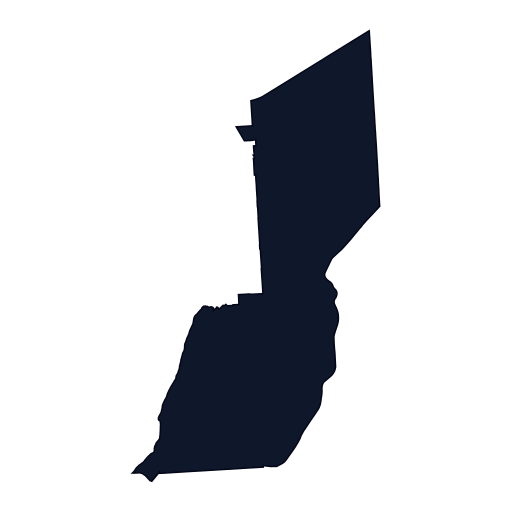 Marion, South Australia, Australia
{"feature_id": "25037944B19747941889194", "entity_name": "Marion", "entity_type": "district", "adm_level": 2, "iso_a3": "AUS", "parent_name": "Australia", "parent_adm1": "South Australia", "projection": "albers", "projection_center": [138.529, -35.026], "detail": "fine", "context": "isolated", "style": "filled", "palette": "ink", "viewbox_px": 512, "rotation_deg": 0, "n_neighbors": 0, "source": "geoboundaries", "source_scale": "gbopen_adm2", "svg_char_len": 6011}
<svg xmlns="http://www.w3.org/2000/svg" viewBox="0 0 512 512"><path d="M203.6,306.2L203.0,306.7L202.7,307.1L202.5,307.4L202.1,307.6L201.9,307.8L201.7,308.7L201.4,309.1L200.3,310.2L198.7,311.9L197.7,313.1L197.3,313.8L197.1,314.0L196.2,314.6L195.6,315.2L195.5,315.3L194.8,316.2L194.5,316.7L193.8,318.6L193.1,323.3L193.1,323.5L192.7,324.3L192.2,325.5L191.1,327.8L190.2,329.7L189.7,331.0L189.5,331.6L189.3,332.2L189.3,332.6L189.1,333.2L189.1,333.6L188.8,334.0L188.5,334.8L188.1,335.7L187.2,337.6L186.9,338.4L186.5,339.2L186.4,340.1L186.0,341.1L185.5,342.5L185.0,343.4L184.6,345.6L184.6,347.8L184.3,349.6L184.0,350.7L183.7,351.5L183.1,352.4L182.7,353.4L182.2,355.3L181.7,357.4L180.9,360.0L180.9,361.6L180.8,361.9L180.4,362.6L180.3,363.0L180.3,363.7L179.7,365.4L179.5,366.5L179.5,367.3L179.3,368.5L178.8,370.1L178.3,371.3L178.3,371.7L178.3,372.1L177.9,372.7L177.7,373.4L177.3,374.0L176.8,374.9L176.4,375.5L176.2,376.0L175.9,378.4L175.6,379.2L175.1,380.2L174.9,380.2L174.7,380.3L173.7,382.2L173.2,383.1L172.6,383.9L172.2,384.7L171.6,385.6L170.5,387.5L170.1,388.4L169.6,389.3L169.1,390.2L168.1,392.4L167.6,393.4L167.3,394.2L167.1,395.2L166.8,396.1L166.4,397.1L166.0,398.1L164.7,400.1L164.3,401.1L163.8,402.1L163.4,403.0L162.7,404.8L162.4,405.8L162.3,406.7L162.2,407.8L162.0,408.8L161.9,409.4L161.6,410.4L161.4,411.4L161.2,412.3L160.8,413.1L160.3,414.0L159.8,414.8L159.3,415.7L158.9,416.6L158.5,417.6L158.4,418.6L158.4,419.3L158.5,419.6L158.6,419.9L158.9,420.3L159.4,420.5L159.8,420.8L160.2,421.4L160.3,422.3L160.4,423.2L160.5,424.1L160.5,425.2L160.4,427.7L160.4,428.9L160.3,431.2L160.2,432.2L160.2,433.4L160.1,434.6L159.7,437.8L159.5,438.5L159.3,439.3L158.8,439.8L158.2,440.6L157.0,442.0L156.4,442.7L156.1,443.3L155.8,444.3L155.4,445.2L154.8,446.1L154.6,447.1L154.4,447.9L154.3,448.7L154.3,449.4L154.4,450.1L154.3,450.7L154.1,451.4L153.8,452.2L153.4,452.7L152.8,452.9L152.1,453.2L151.4,453.6L150.7,454.0L150.0,454.7L149.3,455.4L148.6,456.0L147.3,457.4L146.6,458.1L146.0,458.9L144.9,460.2L144.4,460.9L143.9,461.6L143.3,462.2L142.8,462.7L142.3,462.9L141.7,463.3L141.1,463.9L140.4,464.3L139.6,464.9L138.8,465.5L137.3,467.0L136.5,467.8L135.8,468.6L135.3,469.5L134.9,470.2L134.4,470.9L133.8,471.6L133.1,472.4L132.4,473.0L134.2,473.1L137.4,472.9L138.3,472.9L139.5,472.8L140.0,472.9L140.5,473.0L140.9,473.1L141.7,473.3L142.3,473.5L145.5,475.7L147.6,478.0L150.0,480.6L151.8,481.3L159.3,472.2L159.3,473.3L161.6,473.2L164.7,473.1L165.9,473.0L191.3,471.4L200.3,470.9L210.0,470.3L228.4,469.2L229.0,469.2L246.0,468.1L263.3,467.1L263.2,465.6L264.3,465.8L265.8,465.9L267.1,466.1L270.1,466.4L270.6,466.5L271.2,466.5L277.0,466.4L277.3,466.1L278.2,465.5L280.7,464.3L282.7,463.2L283.9,462.3L284.7,461.6L285.9,460.2L290.5,453.7L291.8,451.9L295.1,447.1L298.0,442.3L299.9,438.7L300.4,437.3L301.3,435.1L303.5,431.1L307.6,425.0L309.7,421.8L314.8,414.4L317.5,410.3L318.7,408.4L319.5,406.6L320.0,405.1L320.2,404.5L320.8,401.5L321.4,396.9L321.7,395.2L321.8,394.4L322.0,391.6L321.9,389.0L322.0,387.3L322.0,386.6L322.4,384.9L323.1,383.2L324.1,381.8L325.4,380.7L327.2,379.2L331.3,375.7L332.2,374.7L333.1,373.5L334.0,372.1L334.6,370.8L335.1,369.4L335.3,367.9L335.5,367.5L335.5,367.3L335.6,366.8L335.5,365.0L334.9,353.1L334.5,348.9L334.1,343.3L334.0,340.7L333.9,337.3L334.0,335.9L334.4,334.1L335.7,329.9L337.4,324.9L338.1,321.9L338.4,319.4L338.4,317.0L338.2,314.2L337.8,312.2L337.2,310.5L336.4,308.2L335.2,305.8L334.3,303.5L334.0,302.0L334.3,300.4L334.8,299.1L336.1,297.1L336.8,294.9L336.9,293.6L336.9,292.3L336.3,290.8L335.7,289.9L334.5,288.6L333.5,287.4L332.3,284.4L331.4,283.1L330.2,282.0L328.7,281.0L327.0,279.6L325.7,278.1L324.9,276.5L324.6,275.1L324.7,274.0L324.9,273.3L325.2,272.3L326.5,269.5L327.7,267.0L329.2,264.0L329.8,262.6L331.7,258.9L332.4,257.9L334.0,256.4L336.0,254.5L338.3,252.4L341.3,249.7L341.9,249.1L343.3,247.6L345.0,245.7L347.6,242.8L350.7,239.3L354.9,234.1L356.7,232.0L359.7,228.3L361.0,226.9L362.4,225.0L366.4,220.5L371.6,215.0L379.7,206.3L379.0,195.3L378.8,190.0L378.3,181.9L378.3,180.5L377.8,172.2L377.6,168.6L377.5,165.7L377.4,164.0L377.1,159.5L376.6,151.0L376.3,145.5L375.9,139.6L375.6,135.0L375.6,134.7L375.4,131.3L375.1,128.2L375.1,127.0L374.9,124.1L374.3,113.2L374.2,112.0L374.0,109.9L373.7,104.6L373.5,101.4L373.2,96.6L371.1,60.9L371.1,60.1L370.7,55.9L370.6,52.4L370.4,48.8L370.2,46.2L370.1,45.1L369.9,41.4L369.6,36.7L369.4,33.8L369.3,31.4L369.2,30.7L353.8,40.2L329.5,55.2L326.4,57.1L326.2,57.3L316.0,63.6L273.4,89.9L265.1,95.0L262.7,96.5L261.3,97.2L260.2,97.7L257.4,98.8L254.4,99.8L251.3,100.6L250.9,100.7L252.1,120.0L252.3,123.6L252.3,123.8L252.5,125.8L239.7,126.6L236.2,126.8L236.6,127.6L236.9,128.1L238.4,130.6L240.0,133.3L240.7,134.4L241.6,136.0L244.4,140.8L250.6,140.5L252.4,140.3L253.6,140.0L255.6,139.9L255.8,142.7L255.8,143.2L256.0,145.7L253.5,145.9L253.8,150.7L254.1,153.6L254.2,153.9L254.2,155.1L253.2,155.2L253.9,156.2L254.1,156.7L254.4,158.5L253.4,158.5L253.7,161.6L253.7,162.1L254.0,168.2L254.0,168.7L254.4,175.1L255.7,175.1L255.8,177.8L256.0,181.1L256.3,184.6L256.5,189.1L256.6,190.8L256.7,192.0L257.3,201.2L257.1,201.2L257.4,206.8L257.6,206.8L257.7,207.7L257.7,208.2L257.9,211.6L258.0,213.5L258.3,218.2L258.1,218.2L258.3,220.8L258.3,221.2L258.6,226.0L258.6,226.5L259.0,231.7L259.0,232.4L259.5,239.7L259.5,240.8L259.8,244.5L259.6,244.6L259.6,246.0L259.8,249.0L260.3,249.0L260.9,258.2L261.1,261.4L261.6,268.9L261.3,268.9L262.3,283.7L262.6,288.4L262.9,293.7L258.7,293.9L254.5,294.1L252.6,294.2L250.4,294.2L250.0,294.0L248.6,294.0L244.5,294.3L238.4,294.6L238.5,295.3L238.8,302.0L238.9,304.5L233.1,304.8L233.2,305.4L227.8,305.8L227.4,305.9L225.9,304.4L225.0,305.3L222.9,305.4L222.7,305.7L222.4,305.9L220.3,308.0L219.1,309.2L218.0,308.1L218.2,307.9L217.7,307.4L217.5,307.7L216.8,307.1L216.5,307.3L216.4,307.6L216.3,307.9L216.3,308.3L216.0,308.4L215.6,308.5L215.3,308.7L213.6,310.5L213.5,309.8L213.4,308.2L213.1,307.6L212.6,307.3L211.7,306.9L211.2,306.8L210.7,306.9L209.5,307.3L207.6,306.7L206.8,306.6L206.8,306.4L205.8,306.8L205.6,306.1L203.6,306.2Z" fill="#0f172a" stroke="#020617" stroke-width="1.5"/></svg>